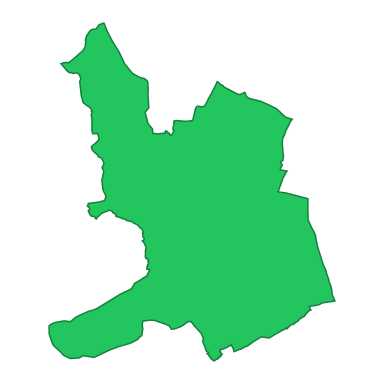 outline of Notodden nor, Telemark, Norway
{"feature_id": "86288312B98862303596044", "entity_name": "Notodden nor", "entity_type": "district", "adm_level": 2, "iso_a3": "NOR", "parent_name": "Norway", "parent_adm1": "Telemark", "projection": "mercator", "projection_center": [9.072, 59.692], "detail": "fine", "context": "isolated", "style": "filled", "palette": "green", "viewbox_px": 384, "rotation_deg": 0, "n_neighbors": 0, "source": "geoboundaries", "source_scale": "gbopen_adm2", "svg_char_len": 5914}
<svg xmlns="http://www.w3.org/2000/svg" viewBox="0 0 384 384"><path d="M292.3,119.3L285.6,117.2L276.6,108.8L269.7,105.3L260.5,101.2L249.4,98.5L246.7,96.7L245.5,94.5L245.1,92.6L244.4,92.4L240.3,94.6L237.8,94.2L224.1,87.1L223.6,86.1L220.4,84.3L219.1,82.8L217.2,81.7L215.3,85.9L212.3,91.6L211.5,93.6L210.4,95.1L208.3,99.0L207.2,101.5L204.7,105.8L203.1,106.8L197.5,106.2L196.7,106.7L195.6,108.2L192.7,120.5L188.9,121.1L184.7,121.3L176.4,120.5L174.0,121.0L173.8,122.8L174.1,123.2L174.1,123.6L173.6,125.6L173.1,127.1L172.9,129.5L173.9,130.8L171.8,135.1L170.0,134.8L169.4,133.3L168.2,133.3L167.9,132.2L167.4,131.6L165.7,130.9L165.3,131.3L165.1,132.1L165.4,132.9L165.3,133.3L165.0,133.5L163.3,133.2L157.0,134.0L155.4,133.5L152.7,133.4L152.5,129.0L148.1,123.7L145.1,112.3L148.8,107.7L148.0,95.2L148.0,92.6L148.2,89.1L147.7,81.4L144.7,78.7L139.3,77.2L132.4,73.3L124.6,63.7L118.9,51.6L112.5,41.5L107.2,31.1L103.9,23.0L99.1,24.7L96.0,29.1L92.4,29.3L89.9,30.8L86.7,35.8L86.2,37.1L85.3,40.1L85.7,41.3L85.3,46.2L84.7,47.7L83.3,49.9L82.7,51.0L80.1,53.0L74.7,57.9L68.7,62.7L65.8,62.5L63.3,62.8L61.0,63.7L66.3,69.9L66.8,70.8L67.7,71.0L68.7,72.3L70.4,72.8L71.9,72.8L73.2,73.6L75.1,72.9L77.6,73.1L78.4,74.0L78.9,74.3L80.3,76.8L80.3,77.7L80.8,78.6L80.7,79.0L80.7,79.3L79.7,81.4L81.3,95.8L83.2,102.7L90.4,108.0L91.9,110.9L91.5,111.4L92.1,111.8L91.6,113.8L91.3,114.1L91.6,114.5L91.4,115.0L91.5,115.5L91.4,116.7L91.8,117.1L91.8,119.0L91.9,119.3L92.0,119.4L92.0,120.0L92.3,120.3L92.0,120.8L91.9,121.5L92.0,128.8L92.0,130.7L92.5,133.1L92.8,133.8L97.7,133.5L99.1,139.0L97.6,141.2L96.1,142.7L91.8,146.2L91.3,147.6L91.7,148.4L92.1,149.5L92.6,150.4L94.5,152.4L97.9,155.2L98.2,156.8L100.6,157.5L102.1,159.1L104.0,163.2L102.6,166.7L102.1,167.2L102.3,168.3L103.0,169.4L103.6,171.0L103.7,171.6L102.4,177.8L101.9,179.7L102.2,183.4L103.2,190.6L105.6,195.2L105.8,196.3L105.2,199.2L104.5,200.7L102.3,201.2L102.0,201.1L99.4,202.0L88.4,203.4L88.3,204.6L87.6,205.2L87.4,206.1L89.2,207.7L89.9,209.3L89.6,210.0L88.4,210.3L88.4,211.5L88.8,212.3L89.5,213.0L89.5,213.9L89.6,214.3L91.0,215.8L91.9,216.3L93.4,216.3L94.4,216.6L95.1,217.2L95.1,217.8L95.2,218.1L95.9,218.8L96.3,219.0L97.0,217.5L97.4,217.2L98.4,216.4L101.0,213.9L103.6,212.4L106.9,211.3L109.1,210.3L111.3,210.8L112.7,211.7L112.6,212.2L112.8,212.6L114.4,213.6L115.6,213.8L115.9,214.6L116.3,215.0L115.8,215.6L115.8,216.0L116.3,216.5L120.2,217.5L121.6,218.3L122.5,218.7L125.1,219.1L125.7,219.4L126.2,220.4L131.1,221.4L132.0,221.8L132.9,222.3L133.1,222.7L137.1,224.7L138.3,225.7L140.1,227.8L142.3,229.6L142.7,230.1L142.6,230.4L142.8,230.6L143.0,231.2L142.9,231.8L142.5,232.3L142.6,233.4L143.1,233.5L143.2,234.0L142.9,234.9L142.8,235.5L143.0,236.8L143.2,237.4L144.0,238.0L144.2,238.7L143.5,240.6L142.4,240.8L142.3,241.1L143.1,241.5L143.8,242.8L144.7,243.5L144.9,244.0L145.0,245.3L146.1,246.8L146.1,248.0L145.9,248.5L145.3,251.9L145.4,252.0L145.5,254.4L145.4,255.3L145.2,255.9L145.3,256.6L145.8,258.2L146.5,258.1L147.1,258.5L147.3,258.8L147.1,258.9L147.8,259.2L148.5,259.9L148.1,260.8L148.4,261.0L148.5,261.2L148.3,261.8L148.0,262.2L148.5,263.6L148.1,264.5L147.7,264.6L147.7,265.7L147.2,266.1L147.0,266.5L147.0,267.2L147.4,268.1L147.0,268.4L147.2,268.8L147.0,269.3L148.5,269.5L149.6,270.1L149.3,270.7L149.2,271.3L147.5,274.2L147.0,276.2L146.6,276.5L146.2,276.3L143.0,278.2L140.0,280.3L134.7,283.3L131.5,288.8L120.1,294.3L96.6,308.7L93.5,310.0L88.3,311.4L78.3,315.9L75.6,317.4L70.4,321.7L64.7,320.9L62.7,321.1L54.4,322.7L50.8,324.4L49.1,325.8L49.2,334.1L52.0,342.4L53.5,345.6L60.2,351.6L63.4,355.2L70.1,358.5L79.1,357.9L83.4,355.7L94.1,357.4L109.2,350.2L117.7,346.9L130.4,343.2L137.1,339.8L137.6,339.2L138.0,339.1L138.3,338.2L139.3,337.6L139.7,337.0L141.8,335.6L142.8,328.6L142.3,325.9L142.6,321.2L150.1,320.1L154.6,320.4L165.6,324.2L169.1,325.7L171.4,329.3L174.6,328.9L181.4,326.4L186.1,323.1L187.2,322.1L188.2,321.6L191.1,321.7L192.8,323.7L194.4,326.2L195.1,326.6L200.8,332.9L201.7,334.5L203.2,338.3L202.7,341.7L203.5,343.4L203.6,343.9L204.9,346.7L205.1,347.8L205.8,349.5L205.8,349.8L206.0,350.5L206.5,351.1L207.4,351.5L208.5,352.5L207.2,353.3L207.0,353.7L207.7,353.8L209.6,356.7L210.7,357.8L211.1,358.9L211.9,359.6L213.8,360.6L214.1,361.0L215.8,359.7L218.4,358.5L218.0,358.1L218.5,357.7L218.6,357.4L219.5,356.7L220.1,356.7L220.1,356.3L220.6,356.4L220.6,356.0L220.7,355.7L220.9,355.7L220.9,355.4L222.2,354.1L222.0,353.8L221.4,353.6L220.8,352.7L220.8,352.2L219.9,351.3L220.1,351.0L219.8,350.5L219.9,350.2L220.4,350.0L220.4,349.7L220.8,349.4L222.8,349.1L225.9,347.9L231.5,344.8L231.8,346.2L233.0,347.9L234.0,351.6L239.9,349.3L241.3,349.0L245.4,346.6L246.8,346.3L249.6,344.6L253.2,341.8L260.8,337.1L261.6,337.0L269.2,338.0L275.9,333.9L279.7,331.9L280.5,331.2L282.6,330.2L283.0,329.8L283.6,329.7L285.0,329.2L286.4,328.0L287.2,328.8L287.4,328.7L287.8,327.7L288.3,327.2L288.4,326.7L289.2,326.7L291.0,324.8L292.2,324.3L293.0,324.4L293.4,323.8L294.7,323.6L295.0,322.7L295.9,322.4L296.9,321.5L297.4,321.5L298.1,321.1L298.2,320.7L298.9,320.2L299.1,319.5L299.6,318.9L300.2,318.6L300.9,318.6L301.5,318.0L301.9,317.3L303.8,316.7L304.3,316.4L304.6,315.7L305.1,315.5L305.8,313.6L306.3,313.1L307.4,312.9L307.6,311.9L308.4,311.4L309.0,310.7L310.8,310.2L310.0,308.4L309.2,306.3L315.7,305.4L319.0,304.7L322.6,302.9L324.8,302.5L334.9,301.0L334.4,299.6L332.3,294.9L331.6,289.4L330.9,285.9L329.2,282.1L328.6,279.2L327.2,275.1L326.6,273.8L326.3,271.7L325.2,268.9L324.0,266.4L322.8,263.2L318.5,249.6L317.2,245.1L315.2,234.3L311.9,228.1L308.0,219.7L308.0,211.8L307.8,209.3L307.9,207.0L307.9,198.7L285.7,192.9L278.1,191.9L281.3,182.7L282.4,180.0L283.1,177.2L283.8,176.8L285.4,173.6L287.0,171.0L280.4,170.0L280.5,169.2L280.4,168.5L282.3,164.9L280.5,162.3L283.1,160.1L282.9,158.7L283.3,158.0L283.4,157.2L283.2,154.6L283.4,154.3L282.9,152.5L282.6,146.3L282.2,143.8L282.5,141.1L282.6,139.0L283.2,137.4L284.5,134.9L285.4,131.9L286.0,130.4L289.5,123.6L290.2,121.7L292.3,119.3Z" fill="#22c55e" stroke="#15803d" stroke-width="1.5"/></svg>